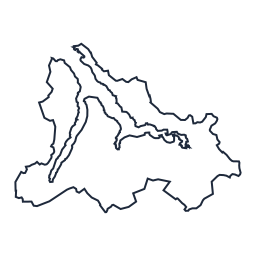 Volda nor, Møre og Romsdal, Norway (orthographic projection)
{"feature_id": "86288312B43762277095742", "entity_name": "Volda nor", "entity_type": "district", "adm_level": 2, "iso_a3": "NOR", "parent_name": "Norway", "parent_adm1": "Møre og Romsdal", "projection": "orthographic", "projection_center": [6.111, 62.092], "detail": "fine", "context": "isolated", "style": "outline", "palette": "slate", "viewbox_px": 256, "rotation_deg": 0, "n_neighbors": 0, "source": "geoboundaries", "source_scale": "gbopen_adm2", "svg_char_len": 5809}
<svg xmlns="http://www.w3.org/2000/svg" viewBox="0 0 256 256"><path d="M81.3,43.8L78.3,45.7L74.2,46.1L74.6,46.8L73.3,47.1L74.1,47.5L73.9,48.9L74.5,49.7L75.5,50.0L76.1,48.9L77.8,49.2L78.1,50.3L77.8,50.9L78.7,51.3L77.9,51.9L78.6,52.5L79.8,52.3L84.3,56.2L84.4,56.9L83.7,57.6L81.5,57.2L80.5,59.1L80.4,59.8L80.8,60.8L84.2,64.0L88.3,65.5L90.5,67.3L91.4,68.9L92.4,72.3L94.2,74.6L94.9,75.9L95.5,78.8L97.2,81.1L98.4,82.0L100.3,82.5L100.8,83.5L103.2,84.0L103.5,84.3L103.2,84.5L103.4,84.9L104.5,84.9L106.4,86.2L108.5,90.0L109.8,90.3L110.2,91.3L112.1,93.0L112.7,95.2L115.4,96.0L115.1,96.2L116.1,97.1L116.1,98.5L116.5,98.8L116.6,102.0L116.2,103.0L117.7,103.5L120.1,106.5L121.4,107.4L122.2,111.6L126.2,111.9L127.2,112.5L129.2,114.6L130.6,117.8L132.0,117.7L131.8,118.0L132.8,118.3L133.7,119.7L134.5,120.0L135.4,122.8L135.8,122.9L135.2,124.4L135.5,126.1L138.6,127.3L140.6,126.1L145.0,125.1L145.5,124.7L145.8,123.4L147.3,123.2L148.0,124.6L149.8,124.4L154.0,125.8L153.8,126.1L155.1,126.8L155.9,127.9L156.2,129.2L157.8,130.9L161.8,130.6L163.5,129.7L167.2,129.7L167.6,131.7L167.6,133.3L165.6,133.5L166.1,134.8L166.9,135.3L170.4,134.2L172.2,132.1L176.8,131.8L177.8,133.6L181.2,134.9L184.1,134.7L185.7,135.3L185.9,136.1L185.6,136.6L186.2,138.2L187.1,138.8L187.9,141.5L186.3,141.8L186.4,142.9L186.0,143.1L185.5,144.7L188.6,145.6L189.0,145.9L189.0,146.5L188.4,145.7L188.2,146.2L189.3,147.2L188.0,147.0L187.9,146.2L187.3,145.7L185.8,146.6L186.2,148.2L185.1,148.1L185.1,147.5L184.6,148.0L182.4,147.7L181.9,147.3L181.9,146.0L181.2,145.9L181.2,145.1L179.4,144.7L179.9,143.4L182.1,141.7L182.1,140.9L179.7,139.6L179.6,138.8L179.0,138.8L179.0,137.9L178.3,136.6L176.0,135.4L174.4,135.8L174.4,134.9L173.7,134.8L173.9,134.4L172.6,134.8L173.2,136.2L174.1,136.7L174.1,140.6L173.7,141.6L170.1,142.8L166.9,142.1L164.4,140.0L162.9,137.2L162.1,136.9L161.8,135.0L159.2,135.6L159.9,136.8L159.7,137.5L158.5,138.1L155.0,138.1L153.7,137.7L149.9,135.0L149.3,133.8L149.3,132.5L148.9,132.5L145.4,132.8L144.8,133.2L144.7,134.8L137.0,137.0L129.6,135.4L124.5,137.4L120.3,140.5L120.1,142.7L119.8,142.6L119.3,143.9L119.6,147.5L118.6,148.4L118.8,149.3L117.6,149.4L116.1,148.1L115.7,145.7L116.0,145.7L115.8,144.6L114.5,143.8L115.4,143.0L115.1,142.4L115.9,141.9L116.8,140.1L116.7,138.7L115.9,138.5L115.8,137.7L117.7,135.6L118.7,133.5L119.0,133.5L119.5,131.8L119.9,131.9L119.8,130.8L120.8,129.6L120.9,128.4L120.1,125.2L117.0,121.4L117.1,121.0L115.0,119.7L113.7,118.0L112.4,118.2L107.7,116.2L107.0,114.8L105.7,113.9L105.4,112.9L104.7,112.6L104.4,110.3L103.8,110.2L103.8,108.4L103.0,106.3L101.5,105.0L101.4,104.0L100.7,103.4L100.7,102.5L99.5,101.7L97.4,97.8L88.9,96.6L84.8,98.7L84.2,99.3L84.2,100.2L83.8,100.8L83.8,101.2L85.2,101.9L85.4,103.4L86.5,104.9L87.4,109.8L87.3,116.1L85.8,121.9L81.6,129.9L76.8,135.9L76.2,137.2L75.3,141.0L74.0,143.3L72.1,145.3L71.9,145.9L72.3,147.0L71.9,148.7L69.0,155.1L66.4,158.6L65.2,159.0L65.0,160.1L61.4,162.7L61.3,163.7L60.7,165.1L58.4,169.0L57.7,169.4L57.7,170.3L56.8,172.3L56.0,172.8L56.0,173.5L54.8,176.6L52.9,179.4L52.6,181.8L50.1,182.0L49.3,180.4L50.0,178.7L49.1,177.8L49.1,177.0L49.4,176.3L49.3,175.4L50.2,174.3L51.3,170.5L53.2,168.5L56.2,159.4L57.7,158.3L57.7,157.6L60.1,155.0L62.1,149.6L65.5,145.3L65.1,145.1L65.0,143.9L66.0,141.7L67.9,139.4L70.6,137.4L69.8,136.0L70.3,134.6L69.9,134.2L69.8,132.9L71.4,128.0L72.5,126.4L75.1,124.5L74.8,123.1L75.9,121.4L75.9,120.0L77.3,119.6L76.1,118.5L77.6,116.0L78.3,112.9L78.8,112.5L78.2,110.2L79.1,108.3L78.7,107.2L77.6,106.1L77.9,102.6L76.6,101.8L76.1,98.5L78.2,94.0L77.7,93.3L77.9,92.7L79.8,91.4L80.7,87.0L79.8,84.8L77.8,82.6L77.9,80.6L77.7,78.9L75.0,76.5L74.0,73.5L71.0,70.0L70.0,67.2L64.7,62.9L64.1,60.4L60.3,59.3L57.8,60.2L57.0,61.2L55.6,61.1L53.3,58.5L51.7,58.0L51.9,58.9L49.0,65.5L50.4,71.8L46.8,82.1L52.7,88.7L51.6,91.9L48.3,95.6L48.7,97.1L42.6,101.6L39.1,102.5L44.4,117.8L50.0,120.8L53.0,120.1L55.3,126.7L54.3,139.6L53.4,143.6L51.7,145.0L51.1,146.4L53.4,147.4L54.1,150.2L54.2,151.8L53.4,153.3L51.2,155.1L51.6,156.7L51.3,158.0L48.1,162.9L46.6,164.3L44.8,164.7L41.4,163.4L39.7,164.5L37.0,161.9L35.0,163.6L31.7,164.8L29.5,166.2L25.9,166.7L26.9,169.4L25.2,172.9L23.4,173.1L21.2,171.9L15.4,182.0L15.6,190.7L16.1,190.7L15.8,196.9L18.9,198.1L21.6,197.4L22.7,199.1L22.9,201.7L31.5,201.6L33.7,205.7L37.0,206.1L49.4,201.3L66.9,189.7L69.6,188.5L73.4,187.2L76.1,188.9L76.6,191.5L79.1,192.7L84.4,188.8L87.3,193.2L91.7,197.5L98.0,200.6L100.3,204.5L100.0,205.2L105.3,212.2L106.3,212.1L107.2,210.5L107.6,208.8L111.0,206.7L112.0,205.2L113.3,204.8L120.6,209.0L128.7,206.9L136.1,201.6L133.2,193.3L144.4,188.9L147.7,178.6L153.0,180.5L158.1,179.3L169.8,181.7L163.5,190.3L175.7,199.3L177.1,198.3L177.9,198.7L182.2,203.2L184.4,204.8L186.2,207.0L184.5,209.5L184.8,209.8L185.6,210.8L188.3,210.7L189.2,209.4L192.5,208.3L196.4,208.3L200.6,205.1L202.9,200.3L204.3,198.7L212.9,193.9L211.7,181.7L217.5,176.1L219.6,174.9L223.5,175.1L226.4,175.7L229.8,177.5L230.3,175.9L232.4,174.1L235.0,174.5L238.5,176.0L240.1,174.4L240.6,172.7L239.4,168.2L239.2,165.4L239.4,162.7L238.9,161.4L233.3,161.3L231.8,160.8L229.8,159.0L226.6,154.9L223.0,151.8L222.3,152.5L219.1,149.1L216.8,145.2L219.2,143.6L219.6,142.1L217.4,139.5L216.4,135.0L213.0,134.0L209.9,130.7L209.8,129.7L211.5,125.7L215.2,123.4L216.8,120.9L217.4,119.1L216.9,117.7L213.5,116.2L211.7,113.9L206.5,114.1L205.8,117.1L202.2,121.7L200.1,122.5L197.3,122.2L195.6,123.3L193.4,123.4L192.2,116.7L190.1,115.2L188.9,115.5L187.6,117.9L185.0,120.0L180.8,119.9L173.4,113.8L166.6,113.5L164.2,114.1L159.9,112.1L157.7,108.7L150.4,102.4L150.9,101.8L150.5,98.8L149.7,95.7L149.2,96.1L146.6,88.8L145.7,82.2L137.6,79.9L136.5,77.2L131.7,79.3L128.3,82.1L126.1,81.8L122.4,79.0L117.3,80.8L115.8,80.7L108.9,75.2L108.0,70.7L103.9,71.3L101.9,69.6L102.1,68.8L97.8,65.3L95.9,64.4L96.7,62.8L92.2,56.9L90.9,52.7L90.6,52.8L88.2,49.1L81.3,43.8Z" fill="none" stroke="#1e293b" stroke-width="2"/></svg>